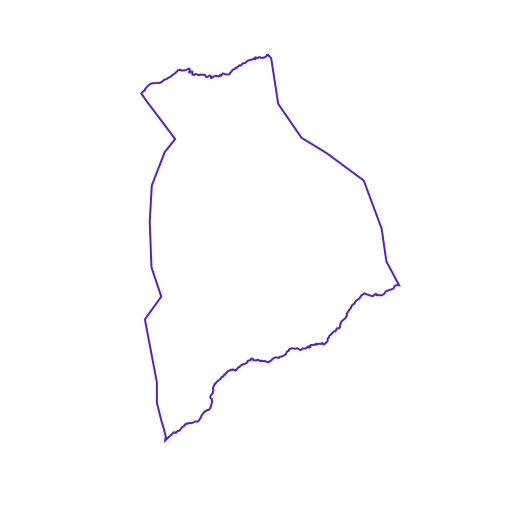 Rashaant, Bulgan, Mongolia (Natural Earth projection), rotated 102°
{"feature_id": "93677404B56820706932581", "entity_name": "Rashaant", "entity_type": "district", "adm_level": 2, "iso_a3": "MNG", "parent_name": "Mongolia", "parent_adm1": "Bulgan", "projection": "natural_earth1", "projection_center": [103.869, 47.423], "detail": "fine", "context": "isolated", "style": "outline", "palette": "violet", "viewbox_px": 512, "rotation_deg": 102, "n_neighbors": 0, "source": "geoboundaries", "source_scale": "gbopen_adm2", "svg_char_len": 5970}
<svg xmlns="http://www.w3.org/2000/svg" viewBox="0 0 512 512"><g transform="rotate(102 256 256)"><path d="M341.1,351.5L400.2,326.7L420.3,322.4L436.4,314.5L442.6,311.1L451.3,306.7L454.4,306.6L455.3,306.5L454.8,306.2L445.6,299.7L445.4,299.0L445.8,298.2L445.5,297.8L445.2,297.1L444.5,297.1L443.6,296.4L443.0,294.9L442.2,294.4L441.1,293.9L438.5,292.4L437.5,291.1L435.5,290.4L435.1,289.6L434.1,288.8L434.3,288.0L433.4,287.1L432.9,284.2L431.7,282.5L430.6,281.3L430.3,279.9L430.2,278.7L429.4,278.0L425.2,276.2L423.0,276.0L418.5,273.6L418.0,272.5L416.8,271.7L416.4,270.3L415.3,269.4L412.1,268.8L407.1,268.6L406.3,269.2L405.0,269.5L404.6,270.8L403.7,271.4L401.7,271.2L399.0,269.7L397.5,270.0L395.9,269.6L395.2,270.0L394.4,270.7L393.3,270.7L392.3,270.3L390.0,269.9L389.6,269.1L388.3,268.8L386.0,267.3L383.4,264.9L382.2,264.7L381.2,264.2L380.9,263.2L380.5,262.9L379.4,262.7L378.5,262.3L378.5,261.7L377.2,261.3L376.7,260.5L375.7,260.3L374.8,259.8L374.4,259.2L373.4,257.7L372.4,257.0L372.5,255.9L372.5,255.4L371.8,255.0L371.8,254.0L372.2,253.1L372.3,252.3L372.1,251.8L370.9,251.6L370.6,251.1L369.9,250.7L368.6,250.3L368.2,249.3L365.9,247.8L364.3,245.6L363.8,244.5L362.5,242.9L361.5,242.3L360.9,242.5L360.2,242.2L359.4,240.6L359.2,239.6L358.1,239.6L357.4,239.4L357.1,238.7L357.2,238.0L357.7,237.3L358.4,236.9L358.5,236.3L358.2,234.7L357.9,233.7L357.5,233.1L357.0,232.6L357.0,231.9L357.6,231.3L357.9,230.8L357.9,229.6L357.2,228.9L357.5,228.0L357.2,226.9L357.2,226.2L356.9,225.5L357.0,224.9L357.3,224.4L357.3,223.7L357.4,222.3L357.2,221.4L356.4,221.1L355.9,220.3L355.0,219.3L353.2,218.5L351.7,216.7L351.0,215.3L350.9,214.2L350.9,212.4L349.9,212.0L349.4,211.3L349.2,210.3L348.3,209.0L346.9,207.3L345.8,206.4L344.8,206.1L343.9,206.1L343.1,205.8L342.6,205.4L342.2,204.7L341.9,204.3L340.7,204.2L340.0,203.8L339.6,202.9L338.7,201.3L338.6,200.6L338.7,199.8L338.7,199.1L338.6,198.4L338.1,197.4L337.7,196.6L337.8,195.8L338.6,194.0L338.8,193.1L338.5,192.5L337.9,191.9L337.1,191.5L336.8,191.2L336.6,190.7L336.6,189.8L336.4,188.9L336.0,188.2L334.1,186.6L333.8,186.1L334.5,186.1L334.5,185.5L334.3,184.5L334.1,184.2L333.7,184.1L332.4,184.1L331.7,183.9L331.2,182.3L330.6,180.0L330.3,179.6L329.7,179.3L329.4,179.1L329.4,178.7L329.6,178.3L329.9,178.2L330.0,178.0L329.2,177.3L328.9,176.6L328.5,175.3L328.6,174.8L328.6,174.4L327.7,173.6L327.5,173.2L327.4,172.8L327.5,172.5L327.9,172.3L328.3,172.2L328.5,172.0L328.6,171.5L327.7,170.6L327.5,170.2L326.2,169.5L325.1,168.6L324.4,168.3L323.1,168.5L322.4,168.7L321.8,168.7L320.9,167.9L320.3,167.7L319.4,167.7L318.7,167.5L318.0,167.0L317.3,166.3L316.4,165.9L316.0,165.5L314.7,164.9L313.3,163.8L313.1,162.7L312.3,162.3L311.2,162.2L310.3,162.0L309.9,161.7L309.7,161.0L309.7,160.2L309.7,159.9L309.0,159.8L308.6,159.5L308.5,159.2L307.9,159.2L307.2,159.0L305.9,159.4L304.9,159.3L304.3,159.1L303.3,159.1L302.3,158.8L297.8,155.3L297.3,155.2L296.8,155.2L296.2,155.0L295.5,154.7L294.8,154.8L294.1,155.1L293.5,155.2L292.0,154.7L288.5,153.1L287.7,152.6L287.2,152.4L285.4,152.1L284.7,151.9L284.1,151.7L283.4,151.2L282.9,150.8L282.4,149.9L281.8,149.6L281.0,149.6L279.5,149.2L278.9,148.8L278.2,148.2L276.6,146.4L275.2,145.6L273.7,145.3L273.0,144.9L271.5,143.4L270.1,142.5L270.0,141.9L270.3,140.5L270.6,139.7L270.6,139.1L270.4,138.0L270.5,137.6L270.9,137.1L270.9,135.7L271.1,133.4L269.6,132.3L268.7,131.6L268.1,131.0L268.1,130.5L268.3,130.3L268.7,130.3L269.3,129.9L269.3,129.5L268.8,128.2L268.6,127.4L268.7,126.1L268.0,124.5L267.0,123.4L266.2,122.7L264.4,122.0L263.7,121.6L263.1,120.9L262.3,119.8L259.8,115.5L259.2,114.8L256.9,114.3L256.1,113.9L255.8,113.3L255.5,112.1L254.9,111.6L254.8,110.9L254.8,110.0L234.1,127.4L203.1,138.8L159.8,166.3L140.7,208.3L130.9,236.1L102.6,265.9L59.6,282.2L58.3,283.7L57.4,285.0L57.2,285.7L56.7,286.1L56.8,286.7L57.0,287.0L57.3,287.2L58.4,287.4L58.9,287.7L59.3,288.1L60.1,289.1L61.1,291.7L61.1,292.5L60.8,293.5L60.8,293.9L61.0,294.5L61.3,294.7L62.2,296.0L61.8,297.3L61.8,297.8L62.0,298.0L62.3,298.1L63.2,297.5L63.5,297.5L63.7,298.0L63.4,298.1L63.2,298.3L63.1,298.6L63.2,298.9L64.0,300.0L64.8,300.9L65.2,301.7L65.5,302.5L66.0,303.5L66.2,304.0L67.0,304.9L67.8,305.6L68.9,306.2L69.3,306.6L69.7,307.2L70.0,307.8L70.2,308.6L70.5,309.2L71.0,309.6L71.7,309.8L72.4,309.9L72.7,310.2L72.9,311.6L73.2,312.1L73.5,312.4L73.9,312.5L74.3,312.8L75.0,313.6L75.9,313.8L76.1,314.5L76.1,314.9L76.3,315.1L77.1,315.3L77.5,315.7L77.8,316.1L78.3,317.1L78.5,317.4L78.8,317.6L80.7,318.3L81.3,318.6L81.8,319.1L82.2,319.3L83.0,319.5L84.0,320.2L84.2,321.0L84.3,322.0L84.6,323.1L84.7,324.0L84.3,325.3L84.5,326.6L86.3,327.2L87.0,327.6L87.1,327.8L87.1,328.1L86.5,328.4L86.5,328.7L86.5,329.0L87.8,329.6L88.2,330.2L88.2,331.1L88.0,332.3L88.1,332.8L88.8,334.2L89.3,334.9L89.8,335.3L90.5,335.9L91.0,336.3L91.2,336.7L91.2,337.1L90.0,337.2L89.6,337.4L89.1,338.1L89.1,338.7L89.2,339.1L89.6,339.5L90.2,339.9L90.6,340.3L91.1,340.9L91.3,341.4L91.3,341.7L91.1,342.0L89.8,343.2L89.5,343.7L89.5,344.2L89.9,346.2L90.1,346.8L90.1,347.3L90.0,347.9L90.1,348.3L90.7,348.9L91.0,349.2L91.0,349.6L90.7,350.9L90.5,351.8L90.5,352.5L90.6,352.9L91.1,353.7L91.7,354.1L91.9,354.5L91.9,355.0L91.5,356.1L91.0,356.3L90.1,356.3L89.3,356.5L88.9,356.7L88.8,357.1L88.9,357.5L89.1,357.9L89.4,358.3L90.0,358.7L90.4,359.3L90.3,359.5L87.4,359.6L86.8,360.0L86.6,360.5L87.0,361.2L87.5,361.6L88.6,363.3L89.2,364.3L89.5,365.1L89.6,365.9L90.1,367.3L90.0,367.8L89.5,369.2L89.7,369.4L90.3,370.1L90.4,370.6L90.6,371.0L93.6,372.8L94.2,373.3L96.3,375.3L96.9,375.7L98.0,376.5L98.9,377.7L100.2,378.9L100.4,379.2L100.8,379.5L102.1,381.0L102.2,381.7L102.8,382.3L103.1,382.7L103.6,383.2L105.0,384.1L105.8,384.9L106.0,385.3L106.3,385.6L106.8,386.4L107.0,387.2L107.1,388.5L108.2,391.5L108.3,392.4L108.6,393.3L108.8,393.8L109.2,394.4L109.7,395.3L110.7,395.9L111.5,396.7L113.7,398.2L114.8,398.7L115.5,399.0L116.3,399.2L116.8,399.1L117.2,399.5L117.9,399.9L119.2,401.1L120.9,402.0L127.5,394.9L158.4,359.4L173.5,366.9L208.6,372.6L244.4,367.1L288.8,355.9L315.4,340.2L341.1,351.5Z" fill="none" stroke="#5b21b6" stroke-width="2"/></g></svg>